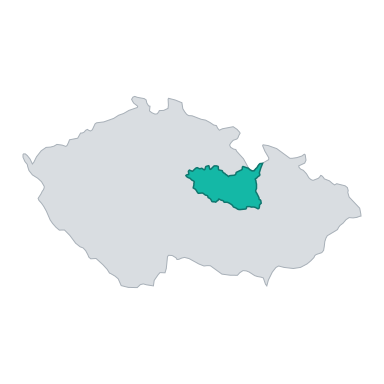 Pardubický on a map of Czechia (Mercator projection)
{"feature_id": "CZE-10373", "entity_name": "Pardubický", "entity_type": "Region", "adm_level": 1, "iso_a3": "CZE", "parent_name": "Czechia", "parent_adm1": "", "projection": "mercator", "projection_center": [16.129, 49.893], "detail": "fine", "context": "in_parent", "style": "filled", "palette": "teal", "viewbox_px": 384, "rotation_deg": 0, "n_neighbors": 0, "source": "natural_earth", "source_scale": "10m", "svg_char_len": 5777}
<svg xmlns="http://www.w3.org/2000/svg" viewBox="0 0 384 384"><path d="M361.0,216.1L359.7,216.3L356.8,217.4L353.1,217.9L349.1,217.6L346.0,219.7L343.1,223.1L340.1,225.4L338.5,227.5L337.5,229.6L327.3,235.7L325.9,238.2L324.8,241.6L324.3,246.2L323.6,250.4L321.8,252.6L316.3,254.5L314.9,255.5L313.9,257.6L310.8,260.8L307.1,263.9L300.5,267.4L293.3,268.5L284.0,267.4L278.6,266.0L275.9,267.5L272.3,272.1L268.4,280.0L266.8,285.9L265.5,284.2L263.3,277.9L260.8,277.1L257.3,276.5L254.7,275.6L249.1,272.0L246.3,270.9L243.0,270.6L239.8,272.7L237.4,275.3L230.0,275.2L221.9,274.1L210.3,265.7L207.2,265.6L204.0,266.0L198.9,264.0L189.1,258.6L184.5,257.4L181.6,258.1L178.9,259.3L177.0,259.5L175.9,257.7L172.2,255.5L168.6,255.3L167.5,256.6L166.3,268.5L165.0,272.8L160.0,272.6L158.2,274.6L154.2,280.4L153.4,285.9L146.5,284.8L143.3,283.9L140.4,284.6L137.2,287.6L128.3,287.4L121.2,285.6L118.2,278.8L115.0,276.1L110.9,273.7L109.5,273.1L107.2,269.4L103.0,264.8L96.1,258.5L90.7,258.8L88.8,257.1L87.9,254.8L85.7,250.7L83.1,247.9L80.1,246.8L75.7,243.3L69.8,235.4L64.5,230.0L59.3,230.1L56.0,227.3L52.7,223.6L50.2,220.0L46.4,211.2L43.6,206.2L41.4,203.1L39.0,200.5L38.1,198.4L41.1,193.7L42.2,191.4L43.5,189.6L44.2,187.7L44.2,186.3L41.5,181.7L37.8,178.3L32.4,174.9L29.0,170.6L27.7,166.6L27.3,164.5L24.9,161.5L23.0,157.2L23.0,154.6L23.5,153.9L25.3,153.9L27.3,155.6L30.1,159.1L32.4,164.0L33.9,162.1L36.5,156.8L41.2,150.8L46.1,147.4L50.4,147.1L53.9,146.2L56.9,144.4L62.1,145.1L65.8,146.4L67.0,145.6L68.5,142.5L69.5,139.8L77.7,138.2L80.6,133.0L82.2,133.0L84.0,132.2L85.8,130.2L87.4,129.4L88.8,130.4L90.5,131.0L92.3,129.8L95.1,123.8L96.6,122.8L103.8,121.9L113.7,118.4L118.7,115.2L123.6,113.5L128.9,110.4L137.3,107.5L137.7,106.2L133.8,103.2L132.5,101.2L131.6,99.3L133.0,97.1L134.8,96.4L137.2,97.3L144.2,98.6L146.1,99.9L146.8,103.0L148.6,105.9L150.0,106.2L149.5,110.9L151.8,112.7L155.0,114.1L157.2,113.8L158.7,111.9L159.3,110.6L163.7,110.4L168.0,108.4L168.4,105.2L168.1,99.1L168.6,98.3L175.2,100.0L181.9,102.7L182.8,108.7L184.6,111.7L186.7,114.4L188.7,115.6L192.1,115.8L201.2,119.3L205.5,120.1L210.0,122.5L213.7,125.0L216.4,125.6L217.7,128.3L219.4,130.2L222.3,128.8L233.2,126.7L237.1,129.4L239.7,132.3L240.1,133.2L238.7,135.7L238.0,137.7L236.9,139.0L233.2,140.3L231.1,142.6L229.6,145.0L230.6,147.3L233.6,149.1L235.8,149.5L236.6,151.2L243.5,158.8L248.9,168.7L251.0,170.2L253.0,170.6L255.4,169.1L258.0,165.9L261.2,163.6L263.9,162.4L268.6,159.7L268.8,157.9L264.9,151.2L262.6,145.7L263.1,144.8L268.2,145.6L276.7,148.6L289.9,158.3L292.3,158.3L296.9,157.6L301.9,156.0L304.3,154.2L305.2,154.8L306.0,160.2L304.7,163.1L298.7,165.9L299.0,167.3L300.6,169.1L303.3,170.3L306.5,173.8L308.8,177.7L310.8,179.5L313.0,180.4L318.4,178.3L320.0,176.6L320.7,175.4L321.7,175.7L323.6,177.6L324.2,178.8L329.5,180.9L332.6,183.6L334.6,184.9L336.7,183.7L345.1,185.8L347.4,187.6L348.2,190.6L347.8,192.4L349.1,197.0L359.7,208.2L360.8,213.9L361.0,216.1Z" fill="#d9dde1" stroke="#a8b0b8" stroke-width="1"/><path d="M248.3,168.2L250.0,169.8L252.1,170.9L254.2,170.8L255.7,168.7L256.8,167.9L257.4,167.0L258.0,165.9L258.9,164.6L260.0,163.6L261.0,163.5L262.0,163.5L262.6,163.4L260.7,168.2L259.4,172.5L259.4,173.3L259.7,174.1L259.8,174.4L259.8,174.9L259.7,175.2L259.6,175.5L259.4,175.7L257.8,176.8L256.8,177.9L256.5,178.2L256.3,178.2L255.4,178.7L255.3,179.1L255.3,179.5L255.7,180.1L255.8,180.5L255.9,180.9L256.1,182.6L256.5,184.1L256.5,184.6L256.5,186.6L256.5,188.5L255.7,190.3L255.7,190.9L255.8,191.5L256.0,192.1L256.8,193.3L258.9,197.5L259.1,198.8L259.2,199.3L259.5,199.6L260.3,199.9L260.8,200.6L261.2,203.2L259.6,204.8L259.5,205.4L259.4,207.0L259.1,208.1L258.6,208.6L258.0,208.8L255.5,207.5L254.3,207.1L253.1,207.0L251.4,207.1L250.9,207.0L250.3,206.7L249.9,206.6L247.3,206.6L246.8,206.8L246.6,207.2L246.5,207.8L246.4,208.3L246.2,208.6L245.8,209.0L239.9,209.6L238.7,209.5L237.7,209.2L235.6,207.8L233.9,207.2L233.3,206.8L233.0,206.3L232.7,205.7L232.2,205.2L231.6,204.6L229.7,203.4L228.2,202.6L227.2,202.3L225.9,202.2L224.8,202.3L224.3,202.2L223.9,202.0L223.7,201.6L223.6,201.2L223.2,200.9L222.7,200.5L221.5,200.3L220.8,200.0L220.1,199.7L219.4,199.2L219.0,199.1L218.7,199.1L218.5,199.3L218.4,199.5L218.2,200.1L218.0,200.4L217.8,200.6L217.2,200.8L216.2,201.8L215.7,202.1L215.2,202.1L214.7,201.9L214.0,201.6L213.6,201.7L213.2,201.9L211.9,201.5L211.1,199.9L210.5,199.0L209.6,198.3L208.3,197.7L208.2,197.5L208.0,197.3L207.9,196.5L207.7,196.1L207.5,195.8L206.8,195.4L205.4,195.1L203.1,193.3L202.3,193.0L198.5,193.3L198.2,193.2L197.6,192.6L196.3,190.5L195.4,189.3L193.2,187.9L193.3,187.3L193.5,186.5L193.7,185.7L193.8,185.3L193.9,184.8L193.9,183.3L194.0,183.0L194.0,182.7L194.2,182.4L194.3,182.1L194.2,181.7L193.7,181.1L193.4,180.8L193.0,180.6L192.3,180.4L191.9,180.1L190.1,178.4L189.8,178.2L188.1,177.6L186.9,176.8L186.5,176.5L185.9,175.5L186.2,175.2L187.1,174.7L188.1,174.5L188.6,174.5L188.7,173.7L188.7,173.4L188.7,173.1L188.5,172.2L188.4,171.8L188.4,171.4L188.5,171.2L188.6,170.9L189.4,170.1L192.2,171.2L192.6,171.2L195.6,168.3L196.6,167.8L197.4,167.7L199.3,168.7L200.1,168.7L201.6,168.3L201.9,168.3L203.9,169.7L204.3,169.8L204.6,169.7L204.9,169.4L205.5,167.3L205.7,166.8L206.1,166.4L208.5,165.7L208.8,165.8L209.0,166.1L209.5,168.1L209.8,168.9L210.0,169.2L210.2,169.4L210.4,169.4L210.7,169.3L213.9,166.1L214.4,165.9L216.5,165.9L217.9,166.3L218.1,166.5L218.3,166.8L218.3,167.2L218.4,168.8L218.5,169.3L218.7,169.7L219.1,170.0L222.0,170.6L222.3,170.8L222.6,171.6L223.1,172.4L223.7,172.9L224.3,173.2L224.7,173.3L224.9,173.5L225.7,174.5L226.0,174.6L226.5,174.8L228.5,176.5L229.2,175.9L230.0,175.6L234.5,175.2L235.1,174.8L235.4,174.5L235.7,174.2L235.9,173.7L236.1,172.8L236.3,172.4L236.6,172.2L241.8,169.7L242.1,169.3L242.2,168.8L242.3,167.8L242.4,167.3L242.5,166.9L242.7,166.7L243.0,166.5L248.3,168.2Z" fill="#14b8a6" stroke="#0f766e" stroke-width="1.5"/></svg>